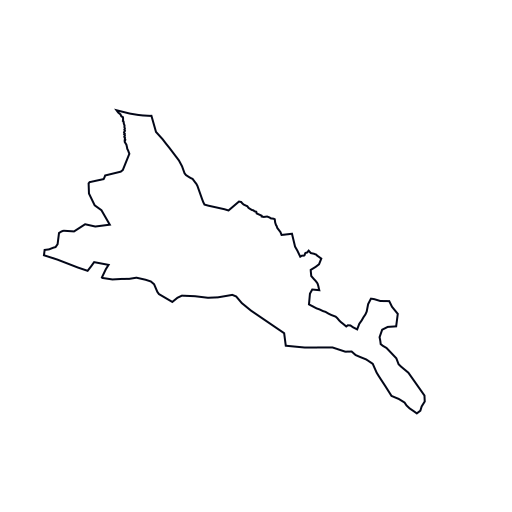 Rimi, Katsina, Nigeria (Equal Earth projection), rotated 107°
{"feature_id": "59680162B87154562016330", "entity_name": "Rimi", "entity_type": "district", "adm_level": 2, "iso_a3": "NGA", "parent_name": "Nigeria", "parent_adm1": "Katsina", "projection": "equal_earth", "projection_center": [7.703, 12.89], "detail": "fine", "context": "isolated", "style": "outline", "palette": "ink", "viewbox_px": 512, "rotation_deg": 107, "n_neighbors": 0, "source": "geoboundaries", "source_scale": "gbopen_adm2", "svg_char_len": 3258}
<svg xmlns="http://www.w3.org/2000/svg" viewBox="0 0 512 512"><g transform="rotate(107 256 256)"><path d="M157.4,432.0L159.1,429.7L160.2,427.0L161.7,425.7L162.0,425.0L161.9,424.4L162.2,423.8L163.4,423.3L164.6,423.0L165.0,422.7L165.8,422.8L166.5,421.7L167.2,421.5L168.2,421.0L169.6,419.9L170.5,419.7L171.5,419.4L172.3,418.7L173.1,418.6L173.7,418.8L174.6,417.9L175.3,418.1L176.3,418.4L177.0,417.9L177.4,417.2L177.9,417.1L178.3,417.5L179.1,416.6L180.2,416.6L180.6,416.8L181.0,416.3L181.3,415.8L182.1,415.7L182.6,415.7L183.1,415.0L183.8,415.3L184.1,415.0L184.5,415.2L185.4,414.8L187.4,412.5L188.8,411.7L190.0,411.0L191.1,410.5L192.3,409.3L195.3,407.0L212.7,408.5L214.9,410.0L223.1,423.8L225.2,423.9L227.0,424.2L234.0,436.7L235.5,437.3L245.1,434.0L254.7,425.1L257.4,417.2L268.8,405.0L274.8,418.3L275.6,428.7L285.7,437.2L288.0,447.0L288.4,447.9L289.5,449.3L291.6,451.1L302.7,449.2L306.1,450.3L307.2,452.1L310.2,455.9L312.0,459.9L317.3,459.0L317.5,444.9L319.1,423.1L319.4,412.7L314.2,410.7L309.2,409.0L307.6,394.4L312.3,395.7L321.6,397.1L321.9,396.5L320.4,386.4L317.3,378.0L314.9,370.5L311.7,364.0L311.0,354.7L311.1,349.1L312.8,345.2L319.1,339.9L320.8,337.7L324.4,322.6L318.9,318.9L315.6,315.3L312.3,302.6L310.0,289.7L308.6,285.8L306.7,280.4L302.8,272.6L300.1,267.3L300.5,263.1L305.2,255.8L309.7,244.8L318.9,215.2L321.6,206.5L333.1,201.3L329.3,182.7L327.9,178.2L321.1,156.0L321.4,142.7L319.4,136.6L321.6,131.8L322.1,127.3L322.7,120.4L325.0,112.8L332.2,106.6L334.7,103.8L337.4,100.6L342.8,94.1L350.2,85.5L351.0,77.5L352.7,71.1L354.9,68.4L356.8,64.6L358.2,60.1L359.5,56.2L355.9,53.6L351.4,53.6L345.8,52.1L340.2,54.1L323.1,76.1L319.3,85.1L317.8,88.0L312.8,91.9L305.8,104.3L304.8,108.5L303.8,111.0L301.3,112.1L299.7,112.9L297.5,114.1L289.6,113.8L285.3,109.3L282.3,101.4L269.9,103.5L264.8,111.1L260.2,115.4L262.7,124.0L262.7,130.2L263.0,132.5L263.2,133.6L269.2,134.7L276.8,133.9L279.9,134.3L283.1,135.3L286.7,136.1L290.6,137.4L296.6,137.8L295.8,142.4L294.8,145.4L295.4,147.9L297.0,149.1L295.4,152.9L294.4,155.5L293.2,157.8L292.7,158.5L291.6,160.2L290.7,162.1L290.4,166.7L289.9,169.9L289.1,173.2L289.1,175.8L288.5,179.7L288.4,182.7L286.8,191.2L276.2,193.4L271.6,192.4L270.2,185.5L268.9,186.3L266.7,187.5L265.5,188.3L264.6,188.9L263.8,189.7L263.1,190.7L262.2,192.0L261.2,193.8L259.0,197.3L254.2,199.3L253.3,199.6L249.0,195.8L245.5,193.3L239.4,192.8L237.7,197.8L237.1,198.7L237.0,200.3L236.9,201.2L237.1,203.5L237.2,204.4L235.5,207.2L237.7,208.1L238.6,209.6L239.8,209.8L241.0,209.8L241.6,210.2L242.3,212.2L243.7,213.5L238.8,218.0L235.6,221.4L224.2,228.1L228.4,237.7L226.0,239.6L223.0,243.8L221.1,245.2L220.6,245.9L218.3,247.5L215.4,248.8L215.2,250.1L215.7,252.8L215.2,254.3L215.0,256.9L216.4,260.0L216.6,262.1L215.8,262.4L215.1,267.8L213.6,268.7L213.7,270.5L213.1,271.8L213.2,273.3L212.9,274.6L212.2,277.2L210.9,278.9L210.9,279.5L210.4,282.9L209.6,284.6L208.7,285.9L208.9,288.2L220.5,295.6L220.5,299.9L221.1,307.6L221.8,316.3L221.9,320.3L219.9,322.2L217.6,324.0L206.1,332.5L204.3,334.3L203.6,335.4L200.8,339.2L200.6,340.9L200.3,342.3L199.9,343.8L199.1,346.6L197.8,348.5L191.9,352.9L187.2,357.6L177.8,370.6L174.9,374.9L171.6,379.5L166.6,387.9L152.5,397.0L153.0,398.4L154.7,405.4L155.6,410.2L156.7,418.4L157.4,432.0Z" fill="none" stroke="#020617" stroke-width="2"/></g></svg>